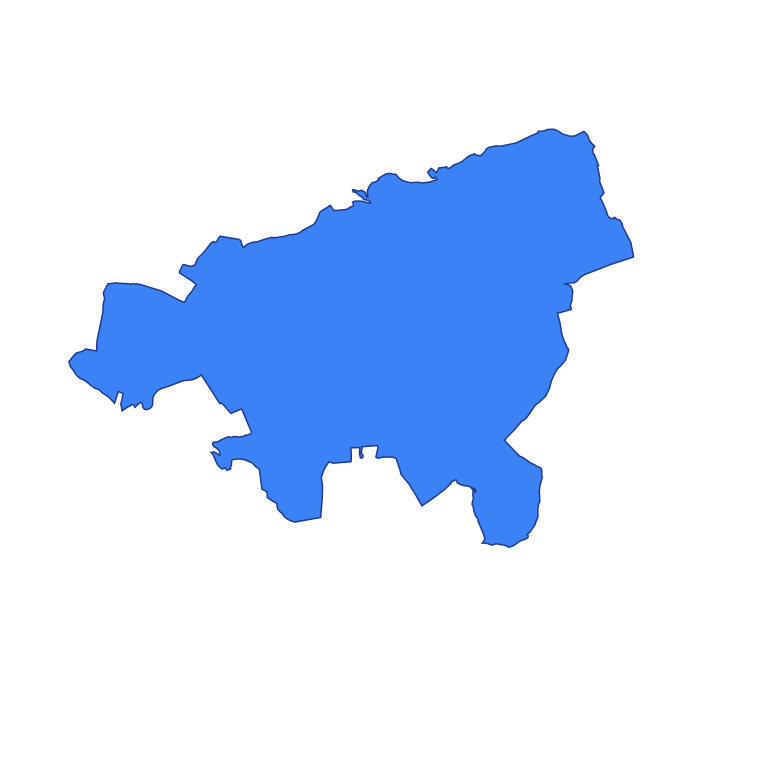 the district of Coroisanmartin, Mures, Romania, rotated 338°
{"feature_id": "2599482B84151777050895", "entity_name": "Coroisanmartin", "entity_type": "district", "adm_level": 2, "iso_a3": "ROU", "parent_name": "Romania", "parent_adm1": "Mures", "projection": "mercator", "projection_center": [24.59, 46.392], "detail": "fine", "context": "isolated", "style": "filled", "palette": "blue", "viewbox_px": 768, "rotation_deg": 338, "n_neighbors": 0, "source": "geoboundaries", "source_scale": "gbopen_adm2", "svg_char_len": 6170}
<svg xmlns="http://www.w3.org/2000/svg" viewBox="0 0 768 768"><g transform="rotate(338 384 384)"><path d="M660.0,315.7L659.0,316.3L657.7,316.3L656.7,315.7L655.3,314.2L654.3,311.1L654.8,309.0L654.9,303.4L654.7,295.5L654.1,292.2L659.5,289.3L659.8,284.4L659.7,279.5L659.9,276.5L661.3,274.1L663.6,261.5L664.9,261.6L664.9,249.7L664.1,247.7L665.0,246.2L665.2,245.1L665.6,244.5L666.2,243.8L668.3,242.8L668.0,241.4L666.7,238.8L665.9,236.0L665.7,232.2L666.0,230.6L665.2,227.1L664.0,224.7L654.4,225.4L652.3,225.1L648.5,223.5L646.7,221.7L644.8,220.6L643.7,219.6L639.3,213.6L636.7,211.3L631.1,209.3L629.3,209.1L627.4,209.5L621.7,207.5L621.0,208.0L620.8,208.8L612.1,209.0L596.6,210.0L581.3,207.2L576.6,205.0L569.2,203.8L566.5,204.7L565.7,205.6L563.4,206.9L559.2,208.3L557.9,208.2L557.7,207.7L555.6,206.8L554.3,204.6L549.3,204.4L546.6,204.7L540.0,206.9L536.2,207.3L530.8,207.0L525.3,208.5L523.4,207.8L523.4,206.0L520.5,205.6L516.0,204.2L511.6,207.8L510.1,204.3L508.5,201.8L503.9,203.8L504.2,204.7L504.1,206.2L505.7,211.1L507.5,212.1L509.4,211.3L509.8,214.3L503.7,214.0L500.3,213.5L494.4,211.8L490.8,209.5L484.0,207.3L479.5,204.1L476.3,200.9L474.8,197.9L473.3,193.7L471.8,193.5L469.3,191.5L466.8,190.3L464.4,190.0L455.8,191.2L455.8,192.6L451.8,193.5L448.9,192.8L445.0,194.6L441.6,197.9L440.4,199.9L439.5,203.6L439.0,204.6L438.0,204.3L438.4,199.4L435.9,195.9L433.7,196.0L432.4,195.5L429.1,192.8L427.7,192.1L427.4,194.4L429.1,195.3L430.3,197.1L431.1,198.9L433.1,201.9L434.0,204.4L434.8,205.7L438.3,207.8L439.0,208.7L439.5,210.2L439.2,211.1L437.7,210.3L432.3,206.5L429.4,205.0L425.3,203.5L423.2,203.5L423.1,205.1L422.3,207.5L418.6,207.3L416.4,208.0L414.1,208.0L402.5,204.5L401.2,198.3L399.6,198.3L398.3,199.0L391.3,199.9L388.7,200.8L387.8,201.6L387.3,202.6L383.9,205.8L381.2,208.1L378.6,209.7L366.6,211.0L363.5,211.9L359.9,212.1L356.6,211.6L352.6,210.3L347.8,209.9L338.2,207.7L334.7,206.0L328.4,205.1L319.8,204.7L315.3,203.4L309.8,203.2L305.1,204.7L304.6,204.2L304.4,201.2L305.0,197.3L303.4,195.4L287.5,185.6L284.5,187.2L281.9,189.6L280.9,189.4L278.9,188.0L276.3,188.6L266.2,194.4L258.8,197.5L254.9,200.9L254.2,202.2L253.6,202.7L249.3,202.7L246.8,201.1L243.6,198.6L242.6,198.1L241.8,198.4L236.5,203.2L236.0,204.3L243.7,215.2L247.5,221.7L245.3,222.5L241.3,225.6L234.4,229.4L231.8,232.0L229.8,233.2L228.8,233.1L225.7,229.9L212.6,214.5L195.3,200.4L192.1,198.4L191.4,198.4L188.4,196.9L187.6,196.9L178.3,192.3L176.7,191.9L174.2,190.2L165.6,187.7L158.2,194.0L157.7,195.3L157.1,199.8L156.3,201.2L155.2,202.4L153.6,204.9L150.0,212.5L134.8,235.3L132.3,240.0L130.3,245.2L129.8,245.6L120.5,239.8L118.4,240.5L116.5,240.7L110.4,240.0L108.2,240.8L100.6,245.1L99.7,247.8L100.0,251.4L100.8,253.6L101.8,258.9L102.6,261.6L104.0,264.5L108.4,269.3L112.5,277.0L114.3,279.5L117.8,282.7L119.5,286.7L123.3,292.1L125.8,297.7L126.9,300.9L134.9,291.4L138.5,294.9L135.5,299.9L132.5,303.9L131.2,310.8L137.9,309.3L140.0,309.3L142.3,308.6L144.1,309.4L144.4,312.4L149.5,310.2L151.5,310.0L152.5,311.0L151.8,315.5L152.0,316.8L152.9,318.0L154.9,319.0L157.3,319.0L159.3,318.6L161.5,316.8L164.5,310.3L166.2,308.5L167.8,307.2L172.4,305.1L176.8,304.8L183.1,305.4L199.0,305.7L207.9,308.3L212.7,308.2L218.1,307.3L224.4,340.6L226.3,341.0L227.2,342.8L231.1,354.0L242.7,353.7L243.1,378.5L243.0,379.5L242.4,380.2L241.5,380.3L239.3,380.3L235.7,379.5L232.9,380.0L231.3,378.9L229.3,378.9L227.1,377.1L225.9,377.1L224.9,376.3L223.0,376.4L221.3,375.6L220.0,374.5L212.6,374.7L208.0,375.3L204.0,374.0L203.0,374.7L202.5,375.8L202.5,376.6L202.8,378.4L204.9,380.8L206.1,383.7L206.2,384.4L205.5,388.0L205.2,388.7L200.9,383.1L199.2,383.2L198.2,382.7L199.0,384.8L199.3,396.0L199.8,397.6L201.5,401.5L202.2,402.3L205.3,402.1L206.2,405.4L207.8,404.9L208.4,405.1L208.9,405.6L210.0,405.3L210.4,403.8L212.3,401.8L214.0,397.8L216.6,397.5L222.1,399.5L226.4,401.9L232.3,407.9L234.0,412.4L235.9,415.2L236.3,417.0L231.4,435.9L233.2,437.7L234.8,440.0L234.8,441.6L233.5,444.7L233.4,445.8L236.2,449.9L239.6,454.3L239.7,454.7L238.7,459.1L238.7,460.1L239.8,463.6L241.3,466.1L241.9,469.8L243.5,472.5L246.2,475.9L249.9,478.7L275.3,484.0L284.1,466.4L288.3,456.8L289.3,453.7L290.4,448.8L290.9,447.3L292.0,445.7L296.3,441.0L299.1,438.6L303.8,435.5L307.2,438.4L324.3,443.7L326.2,439.9L329.4,430.8L337.6,433.8L335.1,439.9L334.5,443.8L336.5,444.4L337.5,443.3L337.7,441.9L337.6,440.7L337.1,439.5L337.2,438.4L338.3,437.5L339.5,435.5L340.0,433.9L354.7,438.6L354.7,440.6L349.1,448.7L350.2,450.3L355.2,451.4L360.2,453.1L364.2,454.9L367.3,457.3L366.6,470.2L365.9,473.9L369.7,486.2L371.8,498.2L373.5,511.2L387.7,508.1L400.0,504.7L409.1,501.2L410.1,499.7L412.3,500.2L412.9,499.8L414.1,499.8L415.0,500.0L415.2,500.9L414.9,502.4L415.0,503.3L417.1,505.8L420.7,508.7L424.3,510.5L427.4,513.9L428.7,514.7L429.0,515.4L426.1,513.7L426.6,515.2L429.2,518.0L428.9,518.5L426.8,516.5L426.2,517.0L426.8,517.6L425.1,519.1L424.4,521.7L424.3,523.2L422.3,525.7L420.7,528.3L420.5,529.5L420.7,531.3L419.9,535.0L419.5,540.0L419.9,542.6L420.6,544.0L420.5,544.9L419.9,546.0L419.8,547.6L420.1,560.1L419.6,564.7L418.9,566.2L415.5,568.4L417.4,569.0L420.0,570.6L424.0,574.0L426.0,573.8L429.0,574.6L435.6,578.8L438.5,582.0L439.7,582.4L443.9,582.3L451.0,580.6L456.6,580.7L459.8,580.3L460.5,579.5L461.0,578.3L460.4,577.0L463.7,576.1L471.6,570.8L473.7,568.0L475.0,567.3L475.7,565.9L476.8,565.2L479.9,557.2L482.7,552.9L484.5,551.2L488.2,540.6L490.8,536.2L494.8,531.2L495.8,529.0L496.2,527.3L497.8,523.3L498.0,520.8L494.7,517.2L492.4,514.1L490.6,512.5L486.0,505.2L483.9,502.8L482.8,502.1L474.6,481.5L478.1,479.4L487.6,475.4L498.2,469.8L498.9,470.0L500.8,469.7L504.4,468.1L516.1,460.5L523.0,458.3L529.3,455.9L535.7,450.1L540.5,443.7L545.3,439.0L548.9,436.1L551.0,434.7L553.9,433.7L560.9,430.2L567.0,423.1L568.0,421.3L567.8,418.9L567.3,417.8L567.5,414.6L567.1,412.2L567.5,404.9L570.1,392.9L571.3,384.0L571.7,382.9L573.4,383.7L585.7,385.0L586.0,383.7L585.9,381.3L589.5,377.0L590.6,374.3L593.5,369.2L593.9,368.0L593.8,363.6L593.4,362.6L592.8,361.7L589.5,359.1L593.4,359.7L598.3,361.4L601.2,361.0L606.2,358.6L610.6,357.7L639.3,358.1L662.8,359.7L663.5,357.7L665.3,347.8L665.9,345.6L664.2,326.8L664.8,325.5L664.3,320.7L663.4,319.8L662.5,319.6L660.0,315.7Z" fill="#3b82f6" stroke="#1e3a8a" stroke-width="1.5"/></g></svg>